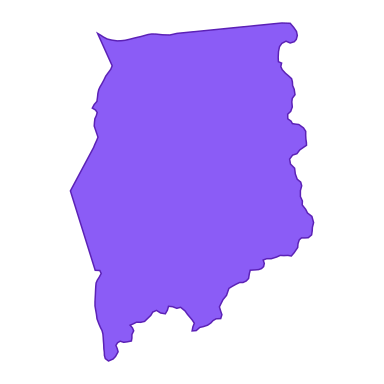 the district of Ibiquera, Bahia, Brazil
{"feature_id": "56859067B98304979655146", "entity_name": "Ibiquera", "entity_type": "district", "adm_level": 2, "iso_a3": "BRA", "parent_name": "Brazil", "parent_adm1": "Bahia", "projection": "orthographic", "projection_center": [-40.875, -12.622], "detail": "fine", "context": "isolated", "style": "filled", "palette": "violet", "viewbox_px": 384, "rotation_deg": 0, "n_neighbors": 0, "source": "geoboundaries", "source_scale": "gbopen_adm2", "svg_char_len": 2666}
<svg xmlns="http://www.w3.org/2000/svg" viewBox="0 0 384 384"><path d="M70.4,190.9L95.2,270.3L99.8,270.5L101.2,273.5L99.1,277.4L97.3,280.2L96.1,283.0L95.8,286.1L95.6,289.4L95.4,294.0L95.2,297.8L95.0,301.9L95.0,305.9L95.7,310.2L96.4,314.0L97.0,318.8L98.9,323.9L100.6,327.8L102.0,330.5L102.9,333.9L103.2,337.4L103.4,340.8L103.7,344.3L103.9,349.0L104.3,352.2L104.4,355.4L105.3,358.6L108.5,361.0L113.1,359.0L115.5,356.5L118.1,351.8L117.2,348.5L115.9,345.4L117.6,342.7L120.2,341.2L123.7,342.3L127.4,341.8L131.4,341.0L131.9,338.1L131.9,334.5L133.7,330.8L132.4,327.8L130.1,325.2L133.3,323.8L136.5,322.2L140.7,322.3L144.6,321.4L148.6,317.5L150.8,315.4L152.7,312.1L156.5,310.4L160.6,313.0L165.3,313.8L167.4,310.2L168.5,306.3L172.6,306.7L176.8,308.3L180.6,307.3L185.1,311.0L187.5,314.4L190.4,317.8L192.2,320.0L194.3,323.2L192.9,326.8L192.1,330.9L196.2,330.6L199.8,327.4L203.4,326.6L207.6,325.2L210.8,323.0L213.0,320.6L216.1,318.8L220.7,318.6L221.9,314.7L220.7,311.2L219.4,306.9L220.8,304.0L223.0,299.6L226.5,295.4L228.9,288.4L232.1,286.4L235.9,284.3L239.6,282.5L243.0,282.5L246.2,281.0L248.6,278.5L249.3,273.8L250.2,270.2L255.1,269.9L258.6,269.6L261.5,268.6L263.6,266.6L264.3,263.5L263.2,260.0L266.7,258.7L271.3,258.7L276.7,257.0L280.2,255.4L283.8,255.6L287.9,255.4L291.3,256.0L294.0,252.9L297.7,247.5L298.0,243.7L299.3,239.8L301.5,237.9L305.2,237.9L308.3,237.7L311.6,234.9L312.2,230.9L312.4,227.3L313.6,222.6L312.8,219.7L311.9,216.4L307.5,213.0L305.7,209.4L302.2,204.9L302.4,201.0L300.4,196.6L300.4,190.6L301.7,185.8L300.7,182.1L297.2,179.2L295.3,173.9L294.6,168.2L290.5,164.1L289.6,159.1L292.6,155.1L296.9,153.7L299.8,149.9L303.7,147.2L306.5,145.3L306.4,142.4L305.9,139.2L305.7,135.7L305.7,131.3L303.5,127.9L298.8,124.5L295.4,124.1L292.4,123.6L291.0,121.1L287.8,118.8L287.7,114.2L290.7,111.4L292.3,107.0L291.8,101.9L292.3,98.3L295.0,94.7L294.2,89.3L292.6,85.5L292.4,81.8L291.6,78.7L288.7,76.0L285.4,73.2L282.2,69.7L280.8,66.6L281.6,63.1L278.4,61.7L278.2,57.2L278.5,51.5L279.5,46.7L281.8,43.4L286.0,41.2L290.2,43.0L294.3,41.7L296.3,39.4L297.3,35.5L296.5,31.5L293.7,27.4L290.2,23.3L281.8,23.0L275.4,23.6L176.9,33.4L173.4,34.2L169.8,35.0L165.8,34.9L162.7,34.8L159.8,34.5L156.0,34.1L151.7,34.0L148.2,34.5L144.6,35.5L140.7,36.6L137.9,37.2L134.1,38.1L129.9,39.2L125.1,40.3L121.4,40.7L117.4,40.9L111.8,40.1L107.2,39.0L103.4,37.0L100.8,35.3L97.6,33.4L102.5,44.3L112.2,65.8L110.7,69.4L108.0,73.0L105.7,76.2L103.8,80.2L101.8,83.9L99.9,87.1L98.7,89.8L97.9,93.4L97.5,97.2L96.9,101.4L94.2,104.5L92.3,108.1L95.5,110.0L97.2,112.5L96.3,115.7L94.9,118.7L94.5,122.0L94.2,126.0L98.0,137.2L96.6,140.6L94.8,144.5L93.6,147.5L70.4,190.9Z" fill="#8b5cf6" stroke="#5b21b6" stroke-width="1.5"/></svg>